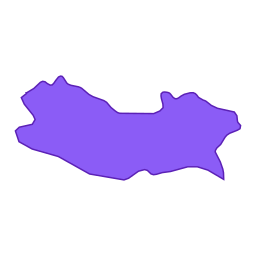 Armavir, Equal Earth projection
{"feature_id": "ARM-1554", "entity_name": "Armavir", "entity_type": "Province", "adm_level": 1, "iso_a3": "ARM", "parent_name": "Armenia", "parent_adm1": "", "projection": "equal_earth", "projection_center": [44.079, 40.147], "detail": "fine", "context": "isolated", "style": "filled", "palette": "violet", "viewbox_px": 256, "rotation_deg": 0, "n_neighbors": 0, "source": "natural_earth", "source_scale": "10m", "svg_char_len": 1287}
<svg xmlns="http://www.w3.org/2000/svg" viewBox="0 0 256 256"><path d="M19.0,141.7L15.4,130.9L19.3,127.2L32.3,124.3L35.1,119.5L33.2,115.3L24.3,104.2L21.3,97.6L26.5,93.5L26.2,92.8L26.6,92.8L33.8,88.5L40.4,82.3L42.7,81.3L45.1,81.8L47.2,83.5L50.2,85.1L52.2,84.9L54.0,83.0L55.7,80.5L58.5,77.0L60.5,76.1L62.0,76.3L63.3,77.6L66.9,83.2L68.4,84.3L71.0,85.3L78.4,86.8L80.5,87.6L81.7,88.3L88.9,94.4L93.0,96.7L103.9,100.6L106.6,102.3L111.0,107.5L115.4,111.1L117.6,112.6L119.8,113.3L153.7,113.6L159.8,111.0L163.1,107.7L162.9,104.0L161.4,98.5L161.0,95.9L161.2,93.7L162.9,92.2L164.6,92.0L166.4,92.2L168.0,92.5L169.5,93.1L170.6,94.2L173.0,97.3L175.0,98.7L176.9,98.7L178.6,97.9L181.0,96.1L184.3,94.3L190.1,92.8L193.2,92.7L195.3,93.6L196.9,95.2L198.5,97.4L203.2,100.1L204.8,100.6L206.1,101.3L211.3,105.4L217.5,108.3L234.3,112.0L236.9,115.8L237.4,120.8L237.8,122.3L240.6,125.5L240.0,128.7L237.4,130.2L229.6,133.3L226.9,135.1L225.0,137.3L220.7,144.4L216.9,147.9L215.5,150.2L215.2,151.9L220.3,161.9L222.8,169.1L223.5,172.8L223.7,179.1L223.7,179.4L207.9,170.1L197.4,166.8L187.7,166.8L170.5,171.5L162.3,172.6L156.4,174.3L153.5,174.7L151.0,173.9L147.4,170.4L144.6,169.6L138.5,171.2L128.5,178.3L124.0,179.9L89.6,174.0L58.3,156.5L32.1,149.0L19.0,141.7Z" fill="#8b5cf6" stroke="#5b21b6" stroke-width="1.5"/></svg>